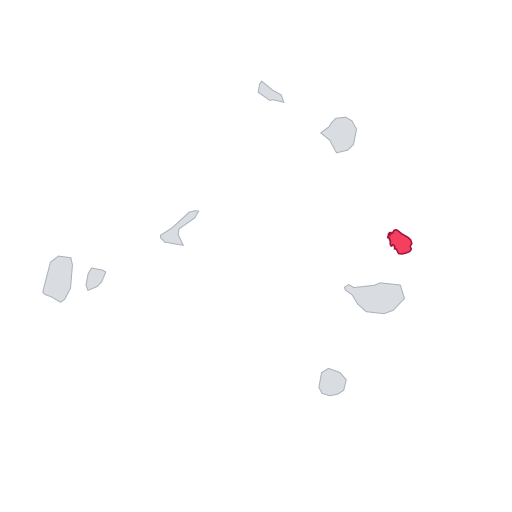 Maio on a map of Cabo Verde (Mercator projection), rotated 310°
{"feature_id": "CPV-5054", "entity_name": "Maio", "entity_type": "state/province", "adm_level": 1, "iso_a3": "CPV", "parent_name": "Cabo Verde", "parent_adm1": "", "projection": "mercator", "projection_center": [-23.189, 15.226], "detail": "fine", "context": "in_parent", "style": "filled", "palette": "rose", "viewbox_px": 512, "rotation_deg": 310, "n_neighbors": 0, "source": "natural_earth", "source_scale": "10m", "svg_char_len": 1820}
<svg xmlns="http://www.w3.org/2000/svg" viewBox="0 0 512 512"><g transform="rotate(310 256 256)"><path d="M326.5,385.1L319.0,397.0L302.5,396.0L294.1,391.1L284.2,376.3L284.5,364.8L288.0,354.8L287.4,346.2L288.8,343.9L293.8,345.4L294.7,351.2L309.6,365.5L315.2,368.3L326.5,385.1ZM112.1,134.6L100.0,137.3L94.9,136.0L93.2,125.6L90.8,118.8L91.3,115.8L119.1,102.5L128.9,104.7L135.7,115.3L131.1,121.2L112.1,134.6ZM391.9,226.5L402.3,228.9L406.2,228.1L412.8,228.6L419.9,235.4L421.2,242.6L417.7,251.6L404.0,259.0L396.1,258.2L386.8,251.4L392.1,238.0L391.9,226.5ZM219.2,404.7L209.5,409.5L202.7,407.4L196.3,402.3L193.2,395.0L195.7,388.7L208.7,381.2L216.5,383.7L220.7,395.2L219.2,404.7ZM246.6,176.6L251.7,180.4L253.4,183.2L245.8,184.6L227.3,179.6L222.3,182.7L217.4,193.4L208.0,177.2L208.6,171.2L210.6,169.5L223.8,173.7L246.6,176.6ZM359.1,368.6L355.6,369.0L350.4,363.2L351.6,355.2L351.0,353.1L355.6,344.5L364.6,345.3L366.9,351.6L367.3,364.7L359.1,368.6ZM147.2,151.2L137.0,154.4L130.7,154.0L121.6,149.4L124.5,144.4L134.3,138.9L141.1,137.7L146.6,147.6L147.2,151.2ZM395.6,171.9L391.6,178.5L386.8,168.8L384.1,166.5L382.8,152.5L390.0,148.3L393.6,147.9L393.7,162.4L395.6,171.9Z" fill="#d9dde1" stroke="#a8b0b8" stroke-width="1"/><path d="M365.8,346.0L366.6,347.7L366.7,349.7L366.6,353.2L368.0,360.5L367.8,364.0L365.8,367.3L365.2,367.5L363.2,367.8L362.4,368.1L362.0,368.7L361.4,370.3L360.7,370.7L359.0,370.9L357.4,370.5L354.7,369.0L351.8,366.9L350.4,365.3L349.6,363.7L350.0,362.1L351.0,360.5L351.5,359.0L350.5,357.5L352.2,356.4L353.0,354.8L352.5,353.4L350.5,353.2L351.2,351.3L353.9,349.3L355.6,346.0L355.1,345.8L355.0,345.7L354.7,345.1L356.5,344.3L358.1,343.3L358.2,343.8L358.1,345.1L359.2,344.2L359.5,344.0L359.8,343.3L360.7,344.3L359.8,345.1L361.6,345.9L364.4,345.3L365.8,346.0Z" fill="#f43f5e" stroke="#9f1239" stroke-width="1.5"/></g></svg>